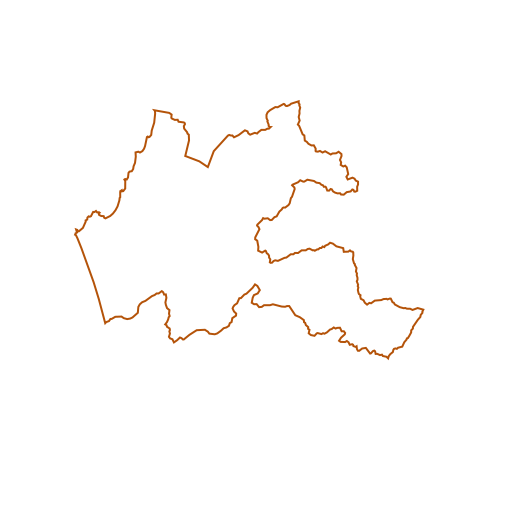 the district of Huaura, Lima, Peru, rotated 39°
{"feature_id": "86281439B29242066404010", "entity_name": "Huaura", "entity_type": "district", "adm_level": 2, "iso_a3": "PER", "parent_name": "Peru", "parent_adm1": "Lima", "projection": "natural_earth1", "projection_center": [-77.14, -11.027], "detail": "fine", "context": "isolated", "style": "outline", "palette": "amber", "viewbox_px": 512, "rotation_deg": 39, "n_neighbors": 0, "source": "geoboundaries", "source_scale": "gbopen_adm2", "svg_char_len": 6150}
<svg xmlns="http://www.w3.org/2000/svg" viewBox="0 0 512 512"><g transform="rotate(39 256 256)"><path d="M85.3,206.7L86.2,206.9L88.0,208.8L93.0,216.5L96.0,224.1L98.4,227.9L98.3,230.5L97.8,231.3L96.7,231.3L96.4,232.2L100.6,240.4L101.5,243.1L101.7,246.0L100.7,248.6L98.9,249.0L97.2,251.3L100.1,254.5L103.4,259.8L104.4,263.3L105.8,265.7L106.1,268.3L104.6,270.0L104.6,271.6L107.1,275.5L107.4,277.9L105.9,278.5L105.6,279.4L107.2,280.0L111.9,285.9L112.0,289.1L111.2,290.0L110.3,289.3L109.8,291.0L110.4,291.2L110.4,292.0L113.5,295.8L113.5,296.7L114.8,298.7L117.2,304.6L118.0,308.9L118.1,313.1L117.5,316.7L115.3,321.5L114.0,321.8L112.5,320.9L110.6,322.3L108.2,322.8L106.9,321.9L107.2,320.8L106.5,320.8L105.0,322.1L103.3,321.7L102.8,323.5L101.7,324.2L102.7,328.9L102.1,330.1L101.0,330.5L100.8,332.2L101.9,333.9L101.2,335.6L102.0,336.4L103.8,343.1L102.8,348.3L101.9,348.9L100.7,348.2L99.5,348.6L102.1,350.4L101.3,352.6L101.7,352.2L102.0,353.3L102.9,353.1L106.1,354.6L115.4,359.8L146.4,378.6L160.8,388.3L181.1,403.1L181.2,401.6L182.7,399.1L182.5,396.5L183.4,395.8L184.9,391.8L189.6,387.7L192.4,387.5L195.6,386.1L197.6,383.8L198.7,381.5L199.9,374.5L196.6,369.6L196.1,366.7L196.6,363.6L198.3,360.5L200.4,352.6L201.8,350.1L202.3,347.7L203.9,346.4L204.9,342.6L206.7,342.6L208.9,343.8L210.1,342.6L212.7,344.9L214.8,349.1L216.7,350.7L219.7,352.5L222.8,352.5L224.7,355.6L226.7,357.0L226.7,358.6L227.6,360.4L228.4,363.4L228.5,366.3L230.1,366.1L231.3,367.0L234.5,366.7L235.7,367.7L236.1,369.1L237.9,370.4L239.2,373.6L241.1,374.1L243.4,373.3L246.6,374.8L247.7,371.1L248.2,367.2L249.8,366.7L251.7,366.9L252.4,366.3L253.9,359.1L256.6,351.0L262.7,345.5L266.2,345.1L268.6,345.7L273.2,342.8L274.6,340.6L275.8,336.1L276.3,332.5L278.0,330.1L278.9,327.3L277.9,324.7L278.6,322.7L276.7,319.2L278.0,314.9L276.8,313.2L273.9,313.0L270.8,311.5L270.3,309.8L270.2,307.7L271.1,304.7L269.6,299.3L270.8,298.2L271.2,293.3L272.3,291.3L273.4,282.8L273.1,278.7L275.9,278.4L280.4,280.1L280.9,284.0L279.0,287.7L279.7,290.5L282.1,295.0L284.8,294.7L286.8,293.0L290.6,293.8L292.5,291.9L293.2,289.2L297.8,285.5L299.5,282.9L307.8,279.1L310.6,277.1L311.6,275.4L313.3,274.0L323.8,277.3L328.5,276.0L333.5,275.7L335.0,277.2L336.3,277.0L338.2,278.3L341.3,278.4L342.3,279.8L344.0,279.7L345.6,282.9L348.4,282.9L351.7,281.2L351.9,277.9L352.4,277.1L356.0,275.5L356.7,273.8L358.1,273.3L359.2,270.7L359.8,266.6L360.8,265.1L361.4,262.6L363.5,262.3L364.3,260.8L366.4,258.9L369.9,260.6L371.6,259.2L373.7,259.7L374.3,261.0L373.5,266.0L373.9,269.6L375.8,269.5L379.4,266.8L380.1,264.9L382.2,264.8L384.7,266.0L386.3,264.0L387.3,263.9L388.4,264.7L390.7,263.9L391.0,262.9L393.0,264.8L394.8,265.5L395.9,264.7L396.7,261.1L399.2,258.3L406.1,260.0L406.6,259.3L406.7,256.4L407.4,255.1L408.5,255.1L410.6,256.8L411.9,255.7L414.7,255.0L416.0,253.4L417.5,253.9L420.8,252.2L423.1,252.4L422.2,250.4L422.1,247.8L422.8,244.5L421.8,242.5L421.7,241.3L422.5,240.1L423.9,239.5L424.1,237.9L426.7,234.4L425.5,229.7L425.6,226.3L425.1,225.1L425.7,224.2L425.4,221.7L424.7,217.8L423.4,216.1L423.6,213.7L422.6,212.3L421.9,203.6L422.1,200.0L421.1,198.2L421.1,195.4L420.4,194.7L419.8,192.4L414.4,194.7L411.6,199.4L409.0,200.0L406.4,202.0L404.7,202.5L403.7,203.6L399.9,205.3L394.4,206.3L392.5,205.6L391.2,206.0L387.6,204.3L386.9,204.7L385.5,207.0L384.5,207.1L382.2,209.2L381.1,211.4L376.4,215.9L375.2,220.3L373.6,221.1L372.9,223.9L369.9,223.8L367.4,222.7L364.4,223.3L362.4,221.8L361.9,220.7L360.0,220.8L358.9,220.2L356.5,218.3L355.3,216.0L354.0,215.4L353.5,214.1L350.2,212.2L349.9,210.7L348.6,209.1L346.3,207.5L345.5,206.1L343.4,205.1L341.7,202.1L338.5,200.8L338.0,200.1L336.8,200.0L333.2,197.5L331.4,194.4L329.3,192.0L328.5,191.8L327.0,192.6L325.5,192.5L325.0,194.5L321.6,197.5L318.8,195.0L312.4,197.9L307.9,198.0L305.2,199.1L304.8,201.6L303.3,204.5L303.5,206.1L301.8,206.7L301.8,208.6L300.6,209.6L300.2,211.7L299.4,212.3L298.4,214.9L297.4,215.0L296.5,215.9L293.0,216.6L291.8,218.0L291.1,220.3L287.9,222.9L286.8,227.2L284.3,229.1L284.0,231.1L281.9,232.8L280.6,238.1L279.3,239.5L276.1,246.0L273.6,247.3L272.8,248.9L272.7,251.0L271.7,252.1L270.7,252.2L269.2,249.6L267.2,249.0L266.0,247.6L264.4,247.0L262.6,247.1L260.5,245.9L259.8,246.0L258.6,249.5L254.3,250.5L252.1,247.4L247.3,243.3L244.8,243.5L243.7,242.0L241.8,233.0L239.9,232.0L237.7,231.7L237.3,230.8L238.1,224.3L237.7,222.1L239.1,221.7L241.4,219.3L244.4,219.2L245.6,218.1L245.9,214.2L247.1,212.2L246.2,206.8L246.7,203.7L246.5,202.0L246.8,201.1L248.2,200.0L249.2,195.9L249.0,193.8L246.7,189.1L246.7,187.3L243.9,179.6L242.7,178.6L239.5,178.3L239.5,177.6L242.3,172.2L242.7,169.3L245.9,168.5L246.7,167.8L247.9,164.4L253.9,161.2L256.7,161.0L259.6,159.3L262.0,159.5L263.5,158.9L265.2,159.5L266.2,158.5L267.1,158.5L270.2,160.3L271.7,159.1L271.8,157.0L272.9,156.5L275.2,157.3L277.5,157.0L280.0,156.0L281.9,154.3L283.4,154.7L285.6,153.1L286.3,149.3L288.9,146.3L289.0,143.7L290.0,143.3L291.9,144.1L292.8,143.4L293.6,141.6L291.0,138.5L290.3,136.2L288.5,134.0L286.1,134.6L283.9,133.9L281.7,134.4L279.1,138.8L276.4,137.6L276.1,134.3L270.7,130.0L268.4,129.7L267.5,131.5L264.5,131.9L263.2,129.6L260.8,128.5L259.5,124.4L258.2,123.0L254.6,123.0L253.6,125.8L250.9,128.2L250.2,130.1L243.8,131.1L242.6,133.7L239.6,134.1L238.4,136.0L236.8,137.0L236.2,136.9L234.8,135.0L231.3,133.6L229.5,135.2L226.1,135.8L223.7,135.3L221.3,135.6L217.7,131.9L215.7,132.1L207.6,127.7L205.8,127.5L204.7,123.3L201.7,121.1L200.2,117.9L198.4,115.9L197.0,112.9L194.9,111.7L194.4,110.7L193.1,110.5L191.8,108.9L187.4,115.6L187.1,117.5L185.7,120.0L184.5,120.6L182.5,120.1L181.8,120.4L179.2,126.8L177.3,128.1L175.2,133.7L174.6,137.0L175.3,139.7L177.4,142.2L180.0,143.5L180.2,144.3L183.1,145.9L183.9,146.9L185.4,147.2L186.2,146.6L185.9,148.9L184.7,149.9L183.8,152.2L180.8,154.6L179.9,158.2L179.8,160.1L177.5,161.1L175.1,165.4L172.8,165.5L171.0,164.5L168.3,165.3L166.4,173.0L164.2,177.6L161.8,177.2L160.8,178.1L159.0,178.8L158.4,180.1L157.2,201.1L162.6,217.2L152.4,218.1L138.1,222.8L131.2,208.3L127.4,204.0L125.7,204.0L124.7,203.2L120.0,202.2L118.2,200.5L117.8,198.2L117.0,197.6L115.9,197.6L111.3,200.4L109.4,199.4L107.3,201.3L104.2,202.1L103.2,201.9L101.4,199.2L98.5,199.4L85.3,206.7Z" fill="none" stroke="#b45309" stroke-width="2"/></g></svg>